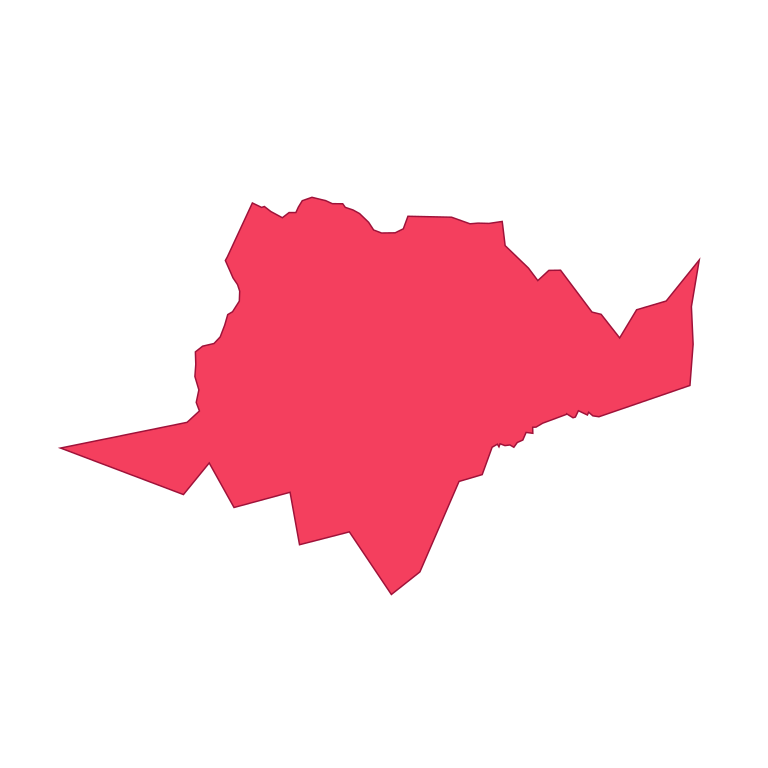 outline of Mt Hagen District, Western Highlands, Papua New Guinea, rotated 15°
{"feature_id": "67681753B59339581313585", "entity_name": "Mt Hagen District", "entity_type": "district", "adm_level": 2, "iso_a3": "PNG", "parent_name": "Papua New Guinea", "parent_adm1": "Western Highlands", "projection": "robinson", "projection_center": [144.241, -5.844], "detail": "fine", "context": "isolated", "style": "filled", "palette": "rose", "viewbox_px": 768, "rotation_deg": 15, "n_neighbors": 0, "source": "geoboundaries", "source_scale": "gbopen_adm2", "svg_char_len": 1333}
<svg xmlns="http://www.w3.org/2000/svg" viewBox="0 0 768 768"><g transform="rotate(15 384 384)"><path d="M656.4,182.6L635.1,230.8L608.8,246.9L599.7,278.5L575.7,260.5L566.3,260.7L525.1,228.4L513.8,231.6L505.8,244.3L493.6,234.7L465.2,219.0L457.7,200.3L456.1,196.4L443.9,201.7L433.1,204.3L425.6,207.0L406.1,205.4L363.7,215.8L362.5,229.1L355.6,235.1L342.5,238.8L334.1,237.9L327.3,231.8L316.3,225.7L309.0,223.9L300.9,223.4L297.5,220.6L287.4,223.2L280.4,222.0L266.1,222.3L257.6,228.1L255.5,235.3L254.5,241.2L247.9,243.0L242.8,249.7L230.1,246.7L222.5,243.5L220.1,245.1L210.0,243.2L199.8,301.7L198.8,305.8L206.0,314.7L210.7,320.6L216.8,325.9L220.6,331.7L222.8,341.4L219.0,353.4L215.1,357.4L214.9,368.4L213.6,380.9L209.3,388.9L199.0,394.4L193.5,401.8L197.1,413.7L199.4,425.7L206.7,437.6L207.4,450.4L212.7,457.8L203.7,472.0L88.1,529.6L218.9,542.7L235.6,505.5L271.1,542.1L321.3,512.9L344.0,561.1L388.8,535.8L445.6,585.4L467.3,556.2L481.7,458.7L502.3,446.1L504.8,417.1L509.1,412.8L511.3,414.9L511.6,411.7L516.8,412.2L521.4,410.3L525.8,411.5L527.9,406.0L532.6,402.2L533.8,394.0L540.5,393.1L538.8,387.3L542.0,386.3L547.4,380.8L568.1,366.1L568.1,365.5L575.3,367.7L577.4,366.4L578.7,359.5L588.5,361.3L589.0,358.3L594.0,360.7L600.1,360.0L679.9,306.2L672.3,265.6L660.9,229.7L656.4,182.6Z" fill="#f43f5e" stroke="#9f1239" stroke-width="1.5"/></g></svg>